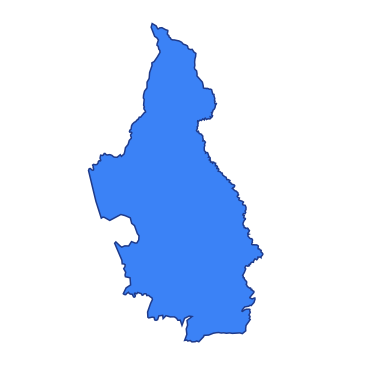 Djéma, Haut-Mbomou, Central African Republic (Natural Earth projection), rotated 23°
{"feature_id": "33826404B9662788023259", "entity_name": "Djéma", "entity_type": "district", "adm_level": 2, "iso_a3": "CAF", "parent_name": "Central African Republic", "parent_adm1": "Haut-Mbomou", "projection": "natural_earth1", "projection_center": [25.567, 6.936], "detail": "fine", "context": "isolated", "style": "filled", "palette": "blue", "viewbox_px": 384, "rotation_deg": 23, "n_neighbors": 0, "source": "geoboundaries", "source_scale": "gbopen_adm2", "svg_char_len": 6067}
<svg xmlns="http://www.w3.org/2000/svg" viewBox="0 0 384 384"><g transform="rotate(23 192 192)"><path d="M295.4,286.6L294.1,286.0L294.2,284.5L294.0,283.8L292.5,283.0L292.6,279.8L291.6,279.0L291.2,277.5L290.4,277.5L287.6,278.8L286.6,279.8L285.1,282.2L284.6,282.2L284.4,281.6L284.4,280.6L285.4,277.2L288.9,274.9L289.6,273.7L290.9,273.4L292.2,269.5L291.9,266.2L291.3,265.0L290.8,265.2L289.2,266.9L286.5,266.8L286.4,266.3L288.2,260.4L287.8,259.3L286.0,259.1L285.1,258.3L284.6,258.8L283.4,257.5L282.6,258.0L279.8,257.3L278.8,256.3L278.1,256.0L277.9,254.4L277.3,253.2L274.5,251.9L273.5,250.6L272.6,250.8L272.0,249.4L271.2,249.0L271.6,245.5L271.5,241.8L270.2,241.0L270.4,239.0L271.0,238.6L272.4,238.5L273.6,237.4L272.9,236.8L272.9,236.3L274.0,235.5L273.9,234.6L274.1,233.8L274.6,233.2L276.0,232.7L275.7,231.8L275.9,229.2L276.3,228.9L278.1,229.1L278.6,227.4L278.1,226.2L280.4,225.2L281.2,225.5L280.9,224.4L281.5,222.5L281.5,221.4L280.1,220.5L279.0,220.3L278.5,218.7L277.7,218.8L276.4,218.1L275.2,218.5L274.7,217.8L274.2,215.9L273.7,215.6L272.3,215.4L268.0,217.0L267.5,216.9L267.1,215.9L267.3,214.8L266.6,213.8L266.6,212.9L266.3,212.3L265.2,211.6L264.7,212.0L263.3,212.0L260.7,210.7L260.2,209.4L260.9,208.6L259.7,208.7L259.5,208.2L260.0,205.9L259.9,204.9L258.4,204.5L257.9,203.7L257.1,203.6L255.6,204.5L254.8,204.0L254.0,204.4L252.9,202.7L252.0,202.4L251.2,201.0L251.1,198.6L251.3,197.2L251.7,196.4L251.6,195.7L251.3,195.5L249.6,195.5L249.3,193.3L248.2,193.5L247.7,192.9L247.8,191.8L249.2,191.4L249.4,189.8L248.3,188.8L248.6,187.2L247.7,185.0L246.2,183.5L244.0,183.9L243.5,183.6L243.0,182.5L243.4,181.6L243.3,181.1L241.8,180.9L238.6,181.1L238.1,180.7L238.0,179.0L236.0,178.9L235.4,178.5L235.3,177.4L236.0,176.7L235.9,176.3L235.1,175.8L234.6,174.8L232.2,173.9L231.5,174.1L229.9,173.7L229.1,173.2L227.7,173.0L227.8,172.5L229.0,170.7L228.8,169.4L228.1,169.0L225.1,169.2L224.3,168.5L222.4,168.4L222.2,167.8L222.6,166.8L222.4,166.6L220.7,166.4L219.2,167.0L217.6,165.1L216.3,165.1L213.7,164.4L213.1,163.9L212.5,162.8L211.5,163.0L209.8,162.3L208.0,162.6L207.8,160.6L206.8,160.0L206.1,160.7L205.7,160.7L205.4,158.6L204.4,158.2L203.3,158.7L202.5,156.3L201.0,156.5L200.3,156.0L200.0,156.2L199.6,157.4L198.7,156.5L197.8,157.1L197.3,157.1L197.0,156.2L196.6,156.0L196.4,155.5L195.5,155.9L195.3,155.7L195.7,154.2L195.4,153.5L194.5,153.0L193.6,153.5L193.6,152.6L191.3,150.0L190.8,149.7L189.8,150.1L189.3,150.8L189.0,149.9L187.2,149.1L185.8,146.2L185.6,144.1L184.8,143.1L184.9,140.9L183.3,140.1L182.0,140.7L181.8,139.3L180.4,137.4L180.1,136.3L179.0,135.9L178.3,135.2L175.8,135.3L174.1,133.6L173.5,134.5L172.1,133.7L172.1,131.2L171.3,130.0L171.7,128.9L170.8,127.0L170.8,126.0L169.8,125.4L169.5,124.3L170.5,124.2L171.3,122.7L172.7,122.5L173.4,120.5L175.2,120.8L175.0,119.3L175.4,118.8L177.0,119.6L178.2,118.2L179.2,118.1L180.3,117.3L180.4,116.7L179.5,115.7L180.9,115.6L181.2,114.7L181.1,113.7L180.0,113.4L179.7,111.6L179.0,111.2L179.7,110.3L179.4,108.5L180.1,107.0L180.2,105.3L179.7,103.0L180.0,101.2L179.6,101.0L178.7,101.7L178.3,101.4L177.6,100.3L177.8,99.4L176.8,98.8L176.5,97.1L174.6,94.9L174.1,93.6L172.8,93.7L170.0,90.1L168.8,90.1L167.9,90.6L165.9,90.5L165.3,91.1L164.4,91.0L163.4,91.6L161.9,91.8L160.6,89.5L158.6,86.8L151.2,83.2L150.5,81.3L148.9,78.7L146.5,77.8L145.6,76.6L145.2,74.4L143.6,71.3L142.7,68.3L142.4,65.9L141.4,62.9L139.3,62.5L136.4,60.6L135.2,61.4L133.0,61.6L132.1,61.1L131.3,59.9L130.6,59.3L128.8,59.1L126.2,59.3L123.9,58.2L121.0,58.0L116.4,58.9L114.6,59.6L113.0,59.6L111.9,58.6L110.3,58.2L109.5,57.0L107.9,56.6L107.4,55.7L106.8,53.0L106.5,52.7L104.3,52.9L100.1,52.5L98.1,53.6L97.4,54.9L96.6,55.2L94.1,53.1L89.5,52.5L90.0,56.3L96.8,63.3L99.4,63.8L101.7,65.2L102.0,69.3L102.4,70.6L104.0,71.1L105.6,73.5L107.0,74.2L108.0,76.0L107.3,81.3L106.2,86.7L104.6,88.8L105.8,91.3L106.3,98.6L108.2,104.2L107.7,108.4L109.9,113.7L108.9,117.7L109.5,121.6L110.5,124.5L111.8,125.4L113.5,131.0L115.0,132.4L114.8,133.3L115.4,134.4L117.1,135.4L118.0,136.5L117.1,137.7L115.5,143.2L114.2,143.7L114.1,146.2L113.5,146.5L112.6,149.3L111.7,150.3L110.6,152.9L110.5,154.7L111.4,158.2L110.7,159.2L110.7,160.6L111.2,161.2L112.6,160.7L113.3,160.8L113.6,161.6L113.1,163.2L113.6,164.3L114.7,165.2L115.1,166.3L114.1,169.1L114.6,173.2L113.4,177.2L114.3,181.0L114.6,183.5L113.1,186.8L111.4,185.7L109.5,189.3L107.1,190.2L105.9,190.2L104.0,189.6L102.6,189.6L101.5,189.8L99.6,191.0L98.5,191.2L96.8,190.5L96.1,190.9L96.0,192.1L95.5,193.3L93.5,193.8L94.1,196.7L95.6,198.4L95.6,199.1L94.3,199.5L93.9,200.6L94.2,202.2L93.7,203.8L92.5,204.6L90.5,205.1L90.0,206.1L91.4,207.5L91.5,208.3L92.4,209.1L92.7,210.2L92.2,210.8L91.2,210.8L89.2,210.1L88.3,210.7L88.3,212.6L107.1,238.0L118.7,251.5L119.8,249.9L121.2,249.6L127.4,250.3L135.3,240.5L139.5,239.9L145.3,239.9L148.7,244.4L152.2,245.4L158.0,251.7L160.3,253.0L161.7,256.9L161.2,260.4L159.7,261.2L155.7,261.3L154.8,266.4L151.1,267.9L148.9,270.2L147.3,269.9L141.4,267.7L140.8,269.4L154.1,282.2L155.8,285.4L157.5,284.8L158.9,285.1L159.5,286.9L159.1,289.3L162.3,291.7L162.8,294.6L163.8,296.0L168.5,295.2L171.8,301.5L168.8,306.0L168.5,312.5L169.7,312.8L171.1,312.4L171.6,310.8L172.6,309.2L173.4,309.7L174.9,310.1L176.9,309.5L179.2,311.4L179.9,311.4L180.5,310.6L180.4,309.6L180.0,309.1L179.3,308.9L178.8,308.4L178.7,307.7L179.3,307.3L180.0,307.5L180.9,307.3L181.3,305.7L184.9,305.4L186.5,306.5L187.3,305.8L187.8,304.3L189.3,303.7L190.2,304.1L190.8,305.0L192.6,304.1L194.6,304.8L196.5,305.1L197.6,306.5L197.4,310.5L198.0,319.8L200.3,324.5L201.4,324.8L204.3,322.7L206.2,322.3L207.6,324.3L209.0,324.2L210.2,323.0L209.9,319.0L213.2,317.0L214.9,319.8L216.4,316.0L220.7,315.5L224.6,313.8L227.2,314.3L229.1,315.6L231.3,314.6L234.9,318.7L234.5,311.2L237.9,307.3L240.7,306.6L237.6,312.2L240.0,316.3L240.2,320.3L242.9,325.1L243.2,331.5L245.0,330.3L246.3,330.8L248.4,329.4L250.5,330.0L253.5,328.5L254.5,327.3L256.8,327.2L259.2,320.7L259.2,319.2L263.2,317.2L266.9,313.6L269.4,312.0L271.5,310.9L274.0,310.4L276.2,309.2L278.8,308.6L281.7,307.0L284.3,306.4L291.1,303.0L293.7,302.7L295.7,298.8L294.7,296.6L293.9,293.8L295.4,286.6Z" fill="#3b82f6" stroke="#1e3a8a" stroke-width="1.5"/></g></svg>